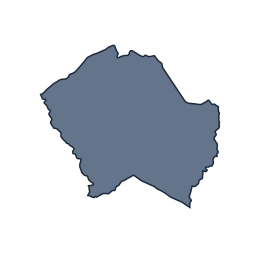 outline of Santa Elena, La Paz, Honduras, rotated 288°
{"feature_id": "27666195B24762769200166", "entity_name": "Santa Elena", "entity_type": "district", "adm_level": 2, "iso_a3": "HND", "parent_name": "Honduras", "parent_adm1": "La Paz", "projection": "albers", "projection_center": [-88.165, 14.069], "detail": "fine", "context": "isolated", "style": "filled", "palette": "slate", "viewbox_px": 256, "rotation_deg": 288, "n_neighbors": 0, "source": "geoboundaries", "source_scale": "gbopen_adm2", "svg_char_len": 5757}
<svg xmlns="http://www.w3.org/2000/svg" viewBox="0 0 256 256"><g transform="rotate(288 128 128)"><path d="M71.6,211.4L73.9,210.5L76.5,210.0L76.8,210.0L77.3,210.2L77.6,210.4L77.8,210.5L78.3,210.6L78.7,210.5L79.1,210.2L80.8,208.0L81.0,207.6L81.3,207.4L82.5,207.6L84.3,207.4L86.0,207.4L87.9,207.3L89.2,207.2L91.9,206.9L92.3,206.9L92.5,206.9L92.6,207.1L92.5,207.8L93.2,209.9L94.0,210.4L94.8,210.8L95.4,211.4L96.3,211.9L96.9,212.1L97.6,212.2L98.2,212.1L99.1,211.8L99.7,211.8L100.2,211.9L100.8,212.3L102.4,213.6L102.6,213.8L102.8,214.3L103.0,214.4L103.5,214.3L105.4,213.7L107.6,213.4L109.7,212.5L110.1,212.4L110.4,212.4L110.6,212.5L110.7,212.9L110.6,213.6L110.3,214.3L110.3,214.6L110.5,215.2L110.8,215.6L111.3,216.0L111.8,216.2L112.2,216.3L112.5,216.2L112.8,215.8L113.1,214.6L113.4,214.2L113.6,214.0L113.8,213.9L114.1,213.9L114.3,214.0L114.8,214.3L115.2,215.0L115.5,215.6L115.7,216.5L116.0,216.9L116.3,217.2L116.9,217.5L117.3,218.0L117.5,218.4L117.7,219.4L117.8,219.5L118.0,219.6L118.4,219.8L119.4,219.8L120.6,220.1L120.9,220.1L121.5,219.9L123.8,218.7L124.6,218.6L125.6,218.6L126.8,218.9L127.3,219.2L127.7,219.4L128.0,219.8L128.5,221.3L128.8,221.5L129.1,221.4L129.4,221.1L129.7,220.8L130.2,220.5L130.6,220.4L130.9,220.5L131.4,220.9L132.1,221.1L132.7,221.2L133.2,221.1L133.7,220.8L134.7,219.6L135.1,219.3L137.7,218.5L139.1,218.3L140.0,218.0L140.7,217.5L141.1,217.1L141.4,216.3L141.8,215.8L142.7,215.2L143.1,214.5L143.5,213.6L143.7,213.3L143.9,213.2L144.3,213.2L145.0,213.2L146.1,212.9L146.6,213.2L147.3,213.6L147.7,213.7L148.3,213.9L148.9,213.9L149.3,213.8L149.6,213.6L151.0,212.2L151.4,212.0L151.8,212.0L152.5,212.2L153.9,213.2L156.3,214.6L156.5,214.6L157.7,214.1L157.9,214.1L158.0,214.3L158.6,214.2L159.2,213.6L159.6,213.3L160.2,213.3L161.0,213.4L161.7,213.2L162.1,212.9L162.8,212.2L163.9,211.7L164.4,211.5L165.2,211.6L165.6,211.5L166.0,211.3L167.0,210.7L167.7,210.5L168.4,210.4L169.4,210.5L170.1,210.4L170.6,210.1L171.7,209.0L172.2,208.7L172.9,208.4L176.3,207.2L176.6,205.1L177.1,204.0L177.4,202.7L177.3,202.3L176.9,201.9L176.7,201.4L176.6,200.9L176.6,200.3L177.2,199.4L179.2,196.6L179.3,196.2L179.3,195.9L179.2,195.6L178.9,195.3L177.7,194.6L176.9,194.0L175.8,192.9L174.0,191.3L173.0,190.2L172.8,189.9L172.5,188.9L172.0,186.7L171.6,183.9L171.0,181.5L170.3,177.8L170.3,176.5L170.4,175.8L170.6,175.2L171.1,174.1L171.7,173.1L195.7,142.8L196.5,142.1L197.2,141.6L197.7,141.3L198.6,140.9L199.8,140.1L200.5,138.4L201.2,136.4L201.4,135.8L202.7,133.8L204.0,132.1L204.5,131.6L204.7,131.3L204.8,130.7L204.7,130.2L203.0,127.5L202.7,126.7L202.3,125.3L202.2,124.8L202.4,124.3L202.4,123.8L202.6,122.4L202.6,122.0L202.2,121.6L200.7,120.7L200.5,120.1L200.4,119.2L200.4,118.9L201.1,114.8L201.8,112.5L202.0,111.7L202.1,110.8L202.5,109.8L202.7,108.8L202.7,107.9L202.5,107.1L202.4,106.8L202.0,106.5L201.6,106.3L201.2,106.1L200.2,106.0L199.1,106.2L198.3,106.2L197.9,106.1L197.5,105.9L196.9,105.0L195.7,102.1L195.4,101.5L194.9,100.8L194.1,99.7L193.8,99.0L192.5,98.0L192.3,97.7L191.9,97.0L191.5,96.1L191.6,95.9L192.3,95.6L193.2,95.5L195.4,95.7L195.8,95.6L196.2,95.3L196.8,94.7L197.9,93.1L201.6,90.3L202.0,89.9L202.2,89.4L202.2,88.9L202.0,88.4L201.5,87.6L201.0,87.0L200.4,86.4L199.8,85.6L199.0,84.7L198.1,84.0L195.8,82.5L195.2,81.9L194.0,80.5L191.3,77.4L189.1,75.0L188.2,73.6L187.1,72.2L183.8,68.8L182.8,67.9L182.4,67.6L181.8,67.3L178.5,66.1L176.5,65.3L175.0,64.7L170.3,62.8L166.4,61.0L164.7,60.1L163.9,59.5L163.3,58.9L161.6,56.7L161.0,56.2L160.6,55.9L159.9,55.7L157.9,55.4L156.7,54.9L155.9,54.0L155.1,52.9L154.7,52.2L153.8,49.8L152.7,48.4L152.0,47.6L150.3,46.3L147.7,44.0L146.8,43.3L140.4,39.4L139.4,38.8L135.5,37.0L133.9,35.8L133.4,35.2L132.9,34.5L129.6,37.4L129.3,37.8L129.2,38.1L129.2,38.4L129.7,40.4L129.7,40.6L129.5,40.8L129.1,41.1L128.6,41.2L128.4,41.2L127.5,40.7L126.6,40.4L126.4,40.3L126.1,40.5L125.5,41.3L124.4,43.3L123.8,44.2L123.3,44.7L122.0,45.7L121.0,46.8L120.9,47.2L121.0,47.7L120.9,48.0L120.7,48.5L120.5,48.9L120.2,49.0L119.7,49.0L117.6,48.4L117.2,48.3L116.4,48.8L113.8,51.9L113.2,52.5L112.8,52.8L112.5,52.9L111.8,52.9L111.4,52.9L110.5,52.6L109.5,52.6L109.2,52.7L108.7,53.0L107.8,53.9L106.9,55.2L104.9,57.5L105.0,57.9L105.3,59.6L105.3,60.1L105.2,60.6L104.7,61.8L103.7,63.8L102.9,65.5L102.6,65.7L101.9,66.1L101.1,66.3L100.1,66.6L99.6,66.7L99.1,67.0L98.8,67.3L98.1,68.3L97.1,69.9L95.6,72.9L94.7,74.1L94.6,74.5L94.6,75.4L94.5,76.6L94.3,76.9L93.8,77.2L93.7,77.5L92.7,81.2L92.2,82.5L91.7,82.9L91.1,83.2L90.9,83.1L89.7,82.8L89.0,82.7L87.7,82.9L87.3,83.1L87.0,83.3L86.8,83.7L86.7,84.2L86.7,84.7L86.9,85.4L86.8,85.8L86.7,86.2L86.0,86.7L84.4,88.0L83.6,88.7L83.5,89.0L83.4,89.5L83.4,90.1L83.6,90.8L83.9,91.8L84.1,92.4L84.0,92.7L83.9,92.9L83.5,93.1L81.2,93.3L78.8,93.4L77.9,93.6L76.9,93.9L75.9,94.4L74.8,95.3L72.1,97.3L71.2,98.0L70.9,98.3L70.6,99.3L69.8,100.8L69.6,101.4L69.5,102.3L69.7,103.1L69.8,103.5L69.7,104.3L69.5,104.5L66.9,106.4L66.6,106.7L66.1,107.7L65.5,109.0L65.1,110.0L64.7,111.6L64.5,112.0L64.2,112.3L64.0,112.5L63.5,112.4L63.1,112.2L62.8,111.9L62.1,110.9L61.3,109.0L61.0,108.4L60.8,108.2L59.4,109.4L58.5,109.8L57.7,110.0L56.1,111.0L55.6,111.2L54.7,111.2L51.5,110.6L51.3,110.6L51.2,110.8L51.6,111.7L51.6,112.7L51.6,113.4L51.3,114.2L51.3,116.3L51.3,117.1L52.7,118.0L52.8,118.2L52.6,118.5L52.5,118.8L52.6,119.5L52.7,119.8L53.6,120.5L54.7,121.4L56.8,123.4L57.6,124.1L57.8,124.3L59.0,127.6L59.3,129.2L59.7,130.2L59.9,130.3L61.6,131.1L62.1,131.6L63.0,132.0L63.6,132.4L63.8,132.7L64.4,134.4L64.5,134.7L64.8,134.8L65.2,134.9L66.0,134.8L66.9,134.8L68.0,134.9L68.6,135.1L69.2,135.4L70.1,136.5L71.1,137.2L71.5,137.3L72.1,137.3L72.6,137.5L73.3,137.7L74.4,138.2L75.1,138.3L75.5,138.5L76.1,139.2L76.4,140.0L84.9,147.9L82.0,157.2L81.1,165.0L80.5,170.9L79.1,174.5L78.5,179.2L77.6,183.2L75.4,190.2L74.1,202.3L71.6,211.4Z" fill="#64748b" stroke="#1e293b" stroke-width="1.5"/></g></svg>